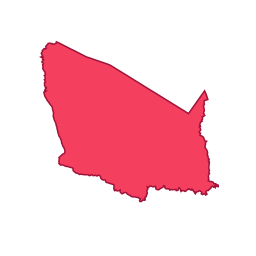 Dom Aquino, Mato Grosso, Brazil, rotated 282°
{"feature_id": "56859067B91387591402310", "entity_name": "Dom Aquino", "entity_type": "district", "adm_level": 2, "iso_a3": "BRA", "parent_name": "Brazil", "parent_adm1": "Mato Grosso", "projection": "natural_earth1", "projection_center": [-54.834, -15.673], "detail": "fine", "context": "isolated", "style": "filled", "palette": "rose", "viewbox_px": 256, "rotation_deg": 282, "n_neighbors": 0, "source": "geoboundaries", "source_scale": "gbopen_adm2", "svg_char_len": 4937}
<svg xmlns="http://www.w3.org/2000/svg" viewBox="0 0 256 256"><g transform="rotate(282 128 128)"><path d="M147.3,39.0L146.3,38.6L145.3,38.3L144.1,38.9L143.0,39.4L142.1,39.9L141.2,40.6L140.3,41.4L139.2,42.5L138.1,43.2L137.1,44.6L136.3,45.5L135.6,46.1L134.9,46.9L134.3,47.6L133.7,48.6L132.7,49.5L131.6,50.0L130.5,50.4L129.7,50.8L128.9,51.2L128.0,51.7L127.0,52.1L125.8,52.2L124.6,52.3L123.7,52.5L122.1,53.4L121.0,54.0L119.9,54.7L118.4,55.9L117.4,56.5L116.0,57.1L115.2,57.5L114.4,58.1L113.5,58.5L112.6,58.7L111.9,59.1L111.0,59.6L110.1,59.9L108.1,60.9L106.9,61.6L105.8,62.1L104.3,63.8L102.8,64.6L101.7,65.5L100.6,65.9L99.7,66.1L98.9,66.6L98.2,67.2L96.7,68.1L95.8,69.0L94.7,69.9L93.7,70.5L92.8,71.0L91.8,71.2L90.7,71.2L89.4,70.6L88.8,69.5L84.7,66.6L83.9,67.2L82.4,67.2L81.2,67.3L80.0,67.8L78.9,67.8L77.7,69.7L78.2,71.2L78.3,72.1L78.0,73.5L77.6,74.9L77.6,76.3L77.9,77.4L77.5,78.8L77.5,79.9L77.5,80.9L77.4,82.1L76.8,82.8L75.5,82.9L74.4,83.8L74.0,85.0L73.5,85.7L73.1,86.5L73.3,87.7L72.8,89.1L72.5,90.3L73.1,91.5L73.1,92.5L73.1,93.5L73.2,94.9L73.4,96.0L73.6,97.2L74.1,98.5L73.4,99.7L73.7,101.0L74.8,101.8L74.5,102.8L74.1,103.9L74.6,104.8L74.8,106.3L74.6,107.7L75.4,108.3L75.7,109.8L75.1,110.8L74.3,111.4L73.1,111.9L72.6,112.7L72.1,113.5L72.0,114.6L72.6,116.1L71.5,117.1L70.5,117.6L70.2,118.9L70.3,120.1L69.9,121.3L70.0,122.7L69.7,124.2L69.7,125.2L69.3,126.1L67.8,126.6L66.3,126.5L65.4,127.1L64.5,127.3L64.0,128.1L64.8,128.4L64.3,129.7L64.3,130.8L64.9,132.3L65.6,133.2L64.6,133.4L63.7,133.7L63.0,134.7L62.4,135.8L63.0,136.8L64.0,137.7L64.4,138.8L64.2,140.1L63.3,141.0L62.8,142.2L62.7,143.2L62.6,144.1L61.9,144.8L61.7,145.9L61.6,147.2L62.1,148.7L62.0,150.0L62.0,151.2L62.2,152.1L61.6,153.4L61.4,154.8L60.3,154.5L59.2,154.4L58.6,154.9L58.8,156.2L59.7,156.8L60.6,157.6L60.7,158.9L61.2,159.8L62.1,159.6L62.6,158.7L63.5,159.2L64.6,160.0L65.8,160.2L66.7,159.9L67.8,160.5L68.9,160.2L69.9,159.6L71.1,159.6L72.3,160.1L73.4,159.6L74.5,159.1L74.2,160.6L75.5,161.2L76.1,162.6L75.6,164.3L75.9,165.6L76.7,166.7L75.9,167.4L75.0,167.7L74.1,168.1L73.8,169.7L73.9,170.9L74.8,171.6L76.1,172.9L76.8,173.9L77.9,174.7L79.0,174.9L78.9,175.9L77.8,176.1L77.0,176.7L76.4,178.0L76.8,179.7L76.9,181.2L76.0,181.7L76.7,182.8L76.7,184.0L77.2,184.9L77.3,186.3L77.9,187.7L76.8,188.2L77.3,189.7L78.3,190.1L79.1,190.2L80.0,190.1L79.8,191.1L78.9,192.2L77.8,192.4L76.9,193.0L77.9,193.8L78.2,195.0L78.2,196.0L77.8,196.9L78.3,197.7L79.3,198.4L80.5,199.0L80.5,200.0L81.2,200.5L80.4,201.9L80.5,203.2L81.5,203.2L81.1,204.3L80.0,205.0L79.4,205.6L79.4,206.6L78.3,206.7L77.7,207.6L78.8,207.8L79.9,208.6L80.4,209.9L81.5,210.6L81.2,211.9L80.9,213.0L80.1,213.5L78.9,213.3L78.4,214.6L79.3,216.0L79.3,217.4L78.6,218.0L79.7,219.0L80.6,218.4L81.4,217.3L82.4,217.6L83.2,218.3L83.5,219.5L84.7,220.2L86.2,221.5L87.4,221.7L88.1,222.0L88.5,223.0L87.9,223.8L88.3,225.0L89.1,224.7L89.9,225.2L88.7,225.8L89.4,226.9L89.4,228.4L90.8,228.2L91.0,226.8L91.7,225.3L91.5,223.4L92.6,222.7L93.0,221.2L92.9,219.9L92.8,218.8L93.0,217.5L94.1,217.9L94.9,217.2L95.9,217.4L97.0,216.7L98.3,216.6L99.6,216.8L100.4,217.2L101.4,216.4L102.4,216.2L103.2,216.6L104.3,216.0L105.3,215.5L106.9,215.1L108.1,215.0L109.6,214.9L110.6,214.9L111.2,214.1L111.9,214.6L112.8,214.0L113.3,213.2L114.3,213.9L115.0,213.0L116.3,212.3L117.3,212.0L118.3,210.8L119.4,211.2L120.3,211.0L121.7,210.4L123.0,209.5L123.6,208.8L124.2,208.0L125.4,207.4L126.8,207.0L127.8,207.3L129.1,207.0L130.2,207.0L131.3,207.6L131.3,206.2L132.0,205.4L132.9,204.8L134.2,204.1L135.0,203.1L135.6,201.5L135.7,200.0L136.9,199.8L137.9,200.1L138.4,198.7L139.4,198.6L140.7,199.4L141.6,199.4L142.7,198.7L144.0,197.6L144.5,198.6L145.4,198.1L145.9,197.3L147.0,197.7L147.8,197.5L148.7,198.1L149.7,198.3L150.1,199.1L151.2,198.5L152.2,199.1L153.5,198.8L154.3,198.2L155.2,199.6L156.2,200.5L158.0,199.0L159.1,198.7L160.1,199.0L161.1,199.0L163.2,198.2L165.4,197.2L166.9,197.8L167.8,197.5L169.0,196.9L170.6,197.0L172.5,200.2L177.9,197.0L180.3,195.2L154.7,184.2L156.2,180.0L164.0,158.2L164.8,156.0L171.5,137.2L179.6,114.8L183.5,103.8L185.8,97.4L186.0,96.0L186.3,94.3L188.2,78.5L188.6,75.5L188.9,72.5L190.7,65.8L191.1,64.5L191.4,63.1L192.2,60.4L193.3,55.8L195.3,48.4L196.7,43.2L197.4,40.0L196.1,40.1L195.2,39.0L194.2,37.1L194.8,36.3L194.7,35.3L194.7,33.8L194.2,32.4L192.7,31.7L191.5,31.0L190.5,30.5L189.0,31.5L188.3,31.0L188.2,29.3L187.1,29.0L186.1,28.0L185.3,28.4L184.3,28.2L183.2,27.6L182.5,28.0L181.5,28.7L180.5,29.6L179.8,28.8L179.3,28.0L179.0,29.0L179.1,30.3L177.7,30.0L177.1,31.3L176.3,31.0L175.4,30.0L174.2,30.4L174.0,31.5L173.1,32.0L172.1,31.3L171.1,31.7L170.1,32.2L168.5,32.2L167.5,32.9L166.7,33.9L165.9,34.4L165.4,35.3L164.1,35.5L163.0,36.2L161.9,35.2L161.0,36.1L159.8,36.6L158.7,36.8L158.0,36.1L157.0,36.8L156.1,37.6L155.0,36.9L153.7,37.2L152.3,37.5L151.3,38.3L150.6,38.8L150.7,39.7L149.7,39.8L149.0,39.0L148.2,39.3L147.3,39.0ZM147.3,39.0L147.2,40.2L146.5,39.5L147.3,39.0ZM88.7,225.8L88.3,225.0L87.8,225.7L88.7,225.8Z" fill="#f43f5e" stroke="#9f1239" stroke-width="1.5"/></g></svg>